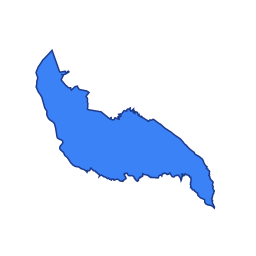 Tabalong, Kalimantan Selatan, Indonesia (orthographic projection), rotated 103°
{"feature_id": "22746128B29828162207979", "entity_name": "Tabalong", "entity_type": "district", "adm_level": 2, "iso_a3": "IDN", "parent_name": "Indonesia", "parent_adm1": "Kalimantan Selatan", "projection": "orthographic", "projection_center": [115.6, -1.837], "detail": "fine", "context": "isolated", "style": "filled", "palette": "blue", "viewbox_px": 256, "rotation_deg": 103, "n_neighbors": 0, "source": "geoboundaries", "source_scale": "gbopen_adm2", "svg_char_len": 5939}
<svg xmlns="http://www.w3.org/2000/svg" viewBox="0 0 256 256"><g transform="rotate(103 128 128)"><path d="M180.3,158.0L179.5,157.9L179.0,158.3L178.7,158.3L178.5,157.7L178.7,157.2L178.2,155.9L176.8,155.4L175.6,155.5L175.3,154.9L176.2,153.9L176.6,153.1L177.3,152.3L177.4,151.5L177.3,150.0L177.6,149.6L178.2,149.3L178.5,148.7L178.3,148.1L179.1,147.4L179.7,146.1L179.7,145.5L180.6,145.1L181.5,145.1L180.8,144.7L179.8,143.1L180.3,142.2L180.2,141.9L181.0,140.7L180.8,139.6L181.1,139.0L181.0,138.5L181.9,136.7L181.2,135.6L181.8,135.1L182.1,134.4L182.1,133.8L181.8,133.0L182.4,132.8L182.5,132.5L181.5,132.1L181.1,131.2L181.1,130.7L181.8,130.3L182.0,129.8L180.7,127.9L180.2,126.5L180.3,125.8L181.4,123.9L181.2,122.3L181.3,121.5L181.1,121.0L180.9,120.8L180.3,121.0L179.1,119.7L178.7,119.6L178.2,119.2L178.0,118.7L177.7,118.5L177.3,118.6L176.9,119.1L176.1,119.4L175.3,120.6L174.4,121.1L174.1,121.1L173.9,120.8L173.4,121.3L172.4,119.7L172.3,118.6L173.3,118.0L174.2,116.7L174.1,115.2L173.6,114.4L173.6,112.5L174.1,111.5L174.8,110.8L175.5,110.5L175.4,110.2L175.7,109.8L176.4,109.5L176.6,108.8L177.1,108.5L177.6,107.7L177.7,106.6L177.0,106.6L176.7,106.1L176.2,106.4L175.6,106.3L175.4,106.1L174.3,105.9L173.9,105.6L173.4,105.5L173.6,104.6L172.4,104.2L172.1,103.2L171.5,102.9L171.2,102.9L171.1,103.2L170.4,103.0L170.2,103.2L169.7,102.9L169.3,103.1L169.7,101.6L169.5,100.7L169.6,99.4L169.5,99.1L169.8,98.4L169.7,97.2L170.2,96.9L170.3,96.4L170.6,96.4L170.7,95.5L171.1,95.1L171.1,94.7L170.7,94.1L171.0,93.5L170.2,91.0L170.4,89.8L169.9,88.5L170.0,87.7L169.9,87.4L169.5,87.4L169.3,87.2L168.0,87.2L167.2,86.8L166.6,85.9L166.7,84.8L167.1,84.3L165.4,84.3L164.3,83.5L164.5,82.9L163.7,82.4L163.7,81.2L164.0,80.4L164.4,80.0L164.2,79.7L164.4,78.9L163.8,78.0L163.0,77.5L162.7,77.5L162.4,76.9L163.8,76.0L164.1,75.2L164.9,74.7L165.4,74.0L165.5,73.7L165.4,72.3L163.7,71.1L163.3,69.7L163.0,69.6L162.7,68.9L162.7,68.0L163.6,67.4L164.6,65.9L167.3,64.5L165.8,64.3L163.6,64.4L163.3,64.2L163.0,64.6L162.6,64.5L162.4,64.1L162.0,64.6L161.1,64.7L161.2,64.9L161.0,65.3L160.6,65.0L160.6,64.2L161.4,63.2L161.8,63.1L161.9,62.8L160.8,62.2L160.1,62.3L159.8,62.1L160.5,61.4L160.4,60.8L160.2,60.5L160.4,60.1L160.2,59.7L160.6,58.7L160.6,58.4L160.8,58.1L160.7,57.7L161.1,57.7L161.6,56.8L162.0,56.7L162.1,56.2L162.0,55.8L162.6,55.7L163.3,55.1L163.7,55.1L164.0,54.9L164.8,54.9L166.1,54.5L166.8,54.9L167.3,54.6L168.8,54.6L169.2,54.5L169.9,53.7L171.2,53.7L172.0,53.6L171.9,53.2L172.1,53.1L172.4,52.3L173.7,51.4L173.5,50.0L173.9,49.4L174.5,49.0L174.8,47.8L175.6,46.9L175.6,45.9L175.9,45.5L177.4,45.1L177.9,44.7L179.5,42.1L179.9,41.1L180.4,37.7L180.7,37.2L182.8,36.6L184.2,35.5L184.9,33.5L184.9,29.4L185.4,27.8L186.6,25.9L185.9,25.9L185.2,26.3L182.2,28.7L180.7,29.4L180.3,29.2L179.8,29.2L179.3,30.1L178.9,30.2L178.4,30.1L177.9,30.6L177.7,30.4L176.1,30.2L175.7,30.3L175.5,30.2L174.2,30.5L172.5,29.8L170.7,30.1L170.5,29.8L169.8,29.8L169.1,30.8L167.8,31.7L167.2,31.8L166.7,31.7L165.8,31.8L164.6,33.0L161.5,32.9L161.2,33.5L160.4,34.4L159.6,36.0L159.1,36.2L158.7,36.7L157.3,37.2L156.3,38.1L156.1,38.6L155.9,38.6L155.6,38.1L155.2,38.0L153.9,38.6L151.9,38.8L151.4,39.2L151.2,40.0L150.5,40.9L150.1,41.0L150.1,41.8L149.6,42.1L149.6,42.4L149.3,42.6L148.9,42.6L148.1,42.2L147.1,44.1L145.9,45.3L144.6,46.4L143.3,47.1L141.6,48.5L139.7,52.4L139.0,55.2L138.4,56.9L137.0,57.9L134.8,62.8L134.1,63.8L133.7,64.7L131.8,67.2L130.8,69.4L129.2,71.2L126.7,74.8L124.5,80.7L122.0,85.8L121.4,88.0L121.0,88.7L120.1,91.5L117.8,95.9L117.3,96.4L116.5,99.1L113.9,104.9L114.1,106.0L115.1,106.7L115.2,108.5L116.9,109.4L116.5,110.0L116.7,110.4L116.2,110.8L116.3,111.2L114.8,115.1L114.9,115.6L114.5,116.1L114.3,116.6L113.5,117.5L113.6,117.8L114.2,116.9L114.5,117.3L113.5,119.8L113.6,120.2L112.4,120.2L113.0,121.0L111.9,121.6L111.7,121.9L110.8,122.2L110.5,123.6L110.9,124.1L110.6,124.2L110.5,124.5L110.9,125.1L110.9,125.7L112.1,124.9L111.8,126.1L111.6,126.4L109.7,126.0L109.9,126.6L110.4,126.7L110.4,126.9L109.5,126.8L109.4,127.4L108.7,127.0L108.4,127.0L109.6,127.9L109.9,127.6L110.1,127.7L110.3,128.4L110.6,128.3L111.0,128.9L110.9,129.3L110.0,130.1L108.0,130.3L108.3,130.7L108.9,130.7L109.5,131.6L109.4,132.2L110.2,133.1L110.7,133.2L111.5,133.0L111.9,133.8L111.8,135.1L112.1,135.7L112.5,136.1L113.8,136.4L114.0,136.7L115.2,137.0L115.8,138.0L116.8,140.3L117.0,140.2L116.9,139.4L117.1,139.1L117.0,138.4L117.5,137.7L118.5,137.7L118.6,139.5L119.3,140.3L119.5,140.2L119.3,139.9L119.6,139.0L119.8,139.0L120.4,139.6L120.9,138.8L121.5,138.7L121.5,138.9L121.3,139.1L121.4,140.4L121.1,140.9L121.2,141.7L120.9,142.6L121.3,143.3L122.6,143.2L123.1,143.8L123.6,145.0L123.6,145.4L123.1,146.2L122.6,146.6L121.7,146.7L122.0,147.2L122.5,147.4L123.2,147.3L123.3,147.8L118.3,157.8L119.1,171.2L118.8,171.8L116.7,171.9L114.9,172.4L113.3,172.5L112.1,173.3L108.8,174.0L108.0,174.4L107.5,175.0L107.1,175.8L106.8,176.0L105.3,175.5L103.2,174.4L102.1,174.0L101.2,176.6L101.4,184.1L99.8,186.0L98.6,186.7L99.1,188.0L99.8,189.0L103.8,191.7L102.8,192.7L101.9,192.7L101.7,193.1L102.0,193.6L102.1,195.0L101.6,196.3L100.9,197.0L100.9,197.7L96.1,204.0L91.9,203.0L91.0,204.0L90.9,203.1L89.1,200.6L87.3,198.9L86.9,198.7L87.0,198.4L86.4,198.3L86.0,199.0L87.4,200.0L88.0,200.8L87.7,201.3L86.8,202.0L88.9,206.7L88.0,207.7L69.4,219.5L76.4,223.5L80.9,226.3L86.8,228.4L88.3,229.1L94.5,230.1L95.6,229.6L98.8,227.5L100.0,227.1L102.7,227.4L105.6,226.8L108.8,226.7L109.4,226.0L110.2,225.6L113.1,223.4L115.2,221.0L117.6,218.8L126.6,213.9L127.8,213.0L129.9,210.8L131.0,210.5L131.9,210.5L133.5,210.0L135.4,208.7L137.3,206.7L138.0,205.2L138.9,202.6L139.8,201.3L140.6,200.5L144.6,198.4L152.3,195.3L153.5,194.6L153.8,194.1L154.2,192.9L154.8,189.6L155.5,188.8L156.4,188.3L157.4,188.2L161.1,190.0L161.8,190.1L163.2,189.9L164.3,189.2L166.4,185.2L167.9,184.2L169.0,183.3L170.2,180.9L171.0,179.8L174.7,176.0L176.4,173.4L177.2,171.2L177.3,169.6L177.0,167.1L178.2,164.6L178.4,161.3L179.2,159.5L179.8,158.8L180.0,158.3L180.3,158.0Z" fill="#3b82f6" stroke="#1e3a8a" stroke-width="1.5"/></g></svg>